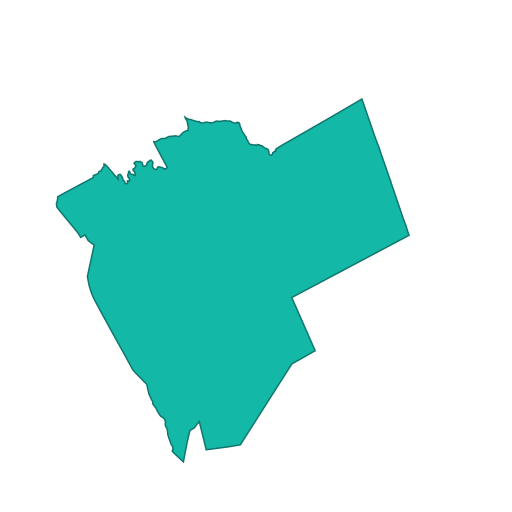 Ganze, Coast, Kenya, rotated 150°
{"feature_id": "3690345B60815732971252", "entity_name": "Ganze", "entity_type": "district", "adm_level": 2, "iso_a3": "KEN", "parent_name": "Kenya", "parent_adm1": "Coast", "projection": "equal_earth", "projection_center": [39.55, -3.436], "detail": "fine", "context": "isolated", "style": "filled", "palette": "teal", "viewbox_px": 512, "rotation_deg": 150, "n_neighbors": 0, "source": "geoboundaries", "source_scale": "gbopen_adm2", "svg_char_len": 6162}
<svg xmlns="http://www.w3.org/2000/svg" viewBox="0 0 512 512"><g transform="rotate(150 256 256)"><path d="M375.7,104.7L364.0,100.3L279.0,144.6L252.1,144.4L245.8,202.2L113.1,197.4L112.9,198.7L111.9,203.4L111.0,207.4L110.8,207.9L110.8,208.4L109.9,214.1L108.8,219.5L102.4,251.9L101.8,253.9L101.4,257.2L100.7,260.6L99.2,268.1L96.5,282.4L96.0,284.8L95.6,286.3L95.5,286.9L95.0,289.6L94.1,295.7L93.6,298.6L85.8,339.0L126.5,338.8L159.9,338.9L171.6,338.9L176.0,339.0L178.9,338.9L181.8,338.9L184.9,338.7L185.4,338.5L186.3,337.7L186.4,337.3L186.6,336.9L187.0,337.0L187.4,337.3L187.8,337.2L188.2,337.2L188.8,337.0L189.2,337.1L189.5,337.2L189.9,337.1L190.7,336.2L191.5,335.7L192.0,335.6L192.6,335.6L193.0,335.9L193.2,336.3L193.4,337.0L193.5,337.6L193.4,338.3L193.2,338.9L192.7,340.0L192.5,340.7L192.4,341.3L192.4,341.8L192.4,342.3L192.6,343.0L193.0,343.5L193.3,343.9L193.9,344.2L194.2,344.6L194.3,345.2L194.7,345.8L194.9,346.5L195.3,346.9L195.4,347.4L195.5,348.2L196.3,349.0L196.7,348.9L197.0,349.2L197.1,349.9L197.7,350.8L198.3,351.0L198.8,351.5L199.2,351.9L199.6,351.5L200.0,351.5L200.4,351.5L200.7,351.8L200.9,352.3L201.6,352.9L202.0,353.2L202.6,353.4L203.2,353.7L203.7,354.3L204.1,354.9L204.9,355.1L205.2,355.5L205.4,356.0L205.7,357.0L205.8,357.6L205.7,358.1L205.7,358.7L205.6,359.9L205.5,360.5L205.6,361.1L205.7,361.7L205.8,362.4L205.5,362.8L205.4,363.3L205.1,363.8L205.1,364.5L205.2,365.2L205.4,365.7L205.5,367.0L205.4,368.3L205.5,368.9L205.6,369.4L205.7,370.1L205.7,370.9L205.6,371.8L205.5,372.5L205.1,373.0L205.1,373.5L205.1,374.3L204.7,377.5L204.3,377.8L204.1,378.4L204.1,379.0L204.0,379.7L204.4,380.3L204.8,380.5L205.1,380.9L205.6,381.2L206.0,381.3L206.2,380.9L206.7,381.0L207.2,381.3L207.6,381.2L208.0,381.5L209.3,383.2L209.6,383.6L210.2,384.8L210.6,385.4L210.9,385.7L211.2,386.0L213.4,387.3L215.1,388.7L215.9,389.1L219.4,390.4L220.1,390.7L220.5,391.0L221.9,392.0L223.0,392.7L223.4,392.8L225.5,392.9L226.4,393.0L226.8,393.1L227.7,393.4L229.0,394.2L230.6,395.6L232.1,396.8L233.2,397.3L235.3,397.6L235.9,397.8L236.4,398.2L237.0,398.9L237.6,399.8L237.9,400.5L238.2,401.1L238.9,401.3L239.4,401.5L241.2,403.3L242.9,405.2L243.3,405.6L244.2,406.7L245.7,407.9L246.4,408.7L247.2,409.8L248.0,411.7L248.3,410.4L248.3,409.8L248.2,407.8L248.4,406.8L249.0,405.3L249.1,404.6L249.4,403.8L249.7,403.1L250.1,401.6L250.3,401.2L250.6,400.9L251.0,400.4L251.8,399.2L252.2,398.7L252.7,398.9L253.3,399.2L254.7,399.4L256.7,399.5L257.4,399.4L259.0,398.9L259.4,398.7L259.8,398.8L261.4,398.2L262.1,398.1L262.9,398.2L263.4,398.4L263.8,398.6L265.4,400.2L265.9,400.5L266.7,400.5L267.2,400.8L267.6,401.2L268.0,401.4L268.8,401.8L269.8,402.1L270.3,402.3L271.2,402.9L271.7,403.0L272.6,403.2L274.0,403.1L276.1,403.4L277.4,404.0L278.7,404.7L279.3,404.9L280.3,405.1L282.2,405.1L283.8,405.0L285.8,405.1L286.3,405.2L286.7,405.3L287.3,406.1L287.5,405.6L287.6,404.4L287.8,400.1L287.9,397.1L288.1,392.2L288.2,390.4L288.2,388.8L288.5,377.9L288.7,377.2L289.2,377.0L290.5,376.6L290.8,376.3L291.2,376.5L291.3,377.2L292.2,377.7L292.5,378.1L292.5,378.8L293.1,379.5L294.3,380.7L294.8,381.2L295.3,381.5L295.7,382.0L296.0,382.2L297.0,381.8L297.7,381.6L298.1,381.0L298.6,380.7L299.1,380.5L299.5,380.9L299.7,381.3L300.1,381.8L300.8,382.5L301.0,383.1L301.0,383.6L300.9,384.8L300.7,385.4L300.5,385.9L299.9,386.8L299.1,387.7L298.5,388.7L298.4,389.3L298.9,391.6L299.4,391.8L301.0,391.6L301.5,391.5L302.0,391.7L302.3,391.4L302.8,391.2L303.3,391.3L303.8,391.0L304.1,390.5L305.1,389.6L305.6,389.3L306.1,389.1L306.6,389.4L307.2,389.5L308.1,389.6L308.5,390.0L308.9,390.4L308.9,390.9L308.3,392.0L308.1,392.8L308.0,393.5L308.1,394.0L308.4,394.3L308.5,394.9L309.3,396.0L309.7,396.1L310.1,396.1L310.6,396.2L310.9,396.8L311.9,397.3L312.4,397.8L312.9,397.9L313.2,397.8L314.7,397.6L315.2,397.4L315.2,396.9L315.2,396.2L314.9,395.5L314.8,394.9L314.8,394.2L315.1,393.8L316.7,393.2L317.2,392.7L317.6,392.5L318.0,392.6L318.4,392.8L318.9,392.8L319.2,392.5L319.6,391.5L319.5,391.0L319.3,390.5L319.1,389.9L319.0,389.2L319.3,388.9L319.4,388.4L319.5,387.1L319.7,386.6L320.0,386.4L320.5,386.1L321.0,386.4L321.3,387.2L321.5,388.0L322.0,388.3L322.9,388.9L323.3,389.5L323.7,390.1L323.7,390.7L323.3,391.6L323.1,392.2L323.2,392.7L323.6,392.9L324.1,392.8L324.4,392.5L324.9,391.7L326.3,390.5L326.6,390.2L326.8,389.8L327.3,388.5L327.1,387.1L327.1,386.5L327.1,385.9L327.4,385.1L327.7,384.3L328.3,384.5L329.3,385.2L329.6,385.3L330.0,385.2L330.2,384.5L330.3,383.8L330.6,383.3L331.2,383.2L331.7,383.2L332.3,383.4L332.8,384.1L332.9,384.9L332.6,385.9L332.6,386.5L332.8,387.1L333.0,387.7L333.0,388.4L332.9,388.9L332.4,390.7L332.4,391.3L332.5,393.1L332.6,393.7L332.7,394.3L333.0,394.8L334.6,395.1L335.2,394.9L336.6,392.8L337.0,391.6L338.2,397.7L339.6,405.6L340.0,407.6L340.3,408.9L340.8,410.3L341.0,410.9L341.6,411.7L342.4,410.2L342.7,409.8L343.1,409.5L344.0,409.2L344.5,409.1L345.1,408.8L345.5,408.4L346.3,408.1L347.3,407.4L347.8,407.3L348.5,407.3L349.1,407.6L349.8,407.6L350.4,407.2L350.7,406.8L351.2,406.5L352.3,406.3L352.9,406.4L354.0,406.7L354.4,406.5L355.2,406.8L355.9,407.0L356.9,406.8L357.1,406.1L357.5,405.5L358.4,405.3L388.8,406.3L397.9,406.5L398.3,406.1L399.8,404.0L401.5,402.1L402.2,401.6L402.6,401.2L403.9,398.3L404.0,397.7L403.4,393.2L399.3,369.0L398.6,364.1L398.5,359.7L393.6,359.7L393.6,353.4L392.8,351.2L390.7,346.4L412.3,322.5L415.4,313.5L416.7,307.6L417.2,304.9L417.6,301.4L417.9,297.1L417.9,294.8L418.3,282.5L419.0,249.3L419.0,247.4L419.1,239.0L419.4,227.8L419.6,218.8L419.5,218.2L418.6,214.3L415.7,202.9L415.5,202.4L415.3,201.7L414.8,199.6L414.9,199.0L416.5,194.3L417.0,192.2L417.6,190.5L417.7,189.9L418.3,184.4L418.3,183.6L418.2,181.2L419.4,179.7L419.0,176.9L418.7,173.8L418.9,173.1L419.0,170.1L418.9,167.3L418.7,165.4L418.5,164.5L417.3,162.4L416.9,161.0L416.9,159.2L417.1,158.3L417.5,157.5L418.8,155.6L419.2,154.5L419.4,153.9L419.4,151.8L419.5,150.6L419.9,149.3L420.9,147.2L421.7,145.3L421.9,144.5L422.5,141.7L422.7,140.4L423.6,135.9L423.6,132.5L423.7,131.9L424.1,131.3L424.3,130.3L424.7,129.8L425.0,129.3L425.4,129.6L426.0,129.1L426.2,128.8L425.6,126.3L421.8,114.0L415.9,120.9L408.9,128.9L406.3,131.8L400.5,137.9L395.2,138.0L392.0,139.5L387.9,141.0L396.0,113.1L375.7,104.7Z" fill="#14b8a6" stroke="#0f766e" stroke-width="1.5"/></g></svg>